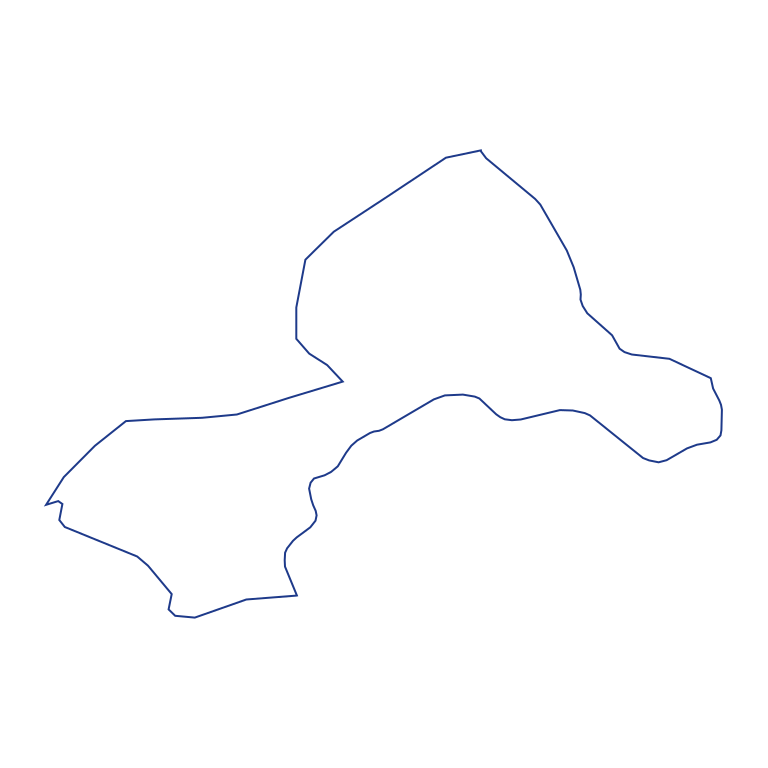 Wrexham, Robinson projection
{"feature_id": "GBR-2127", "entity_name": "Wrexham", "entity_type": "Unitary Authority (wales)", "adm_level": 1, "iso_a3": "GBR", "parent_name": "United Kingdom", "parent_adm1": "", "projection": "robinson", "projection_center": [-3.021, 52.962], "detail": "fine", "context": "isolated", "style": "outline", "palette": "blue", "viewbox_px": 768, "rotation_deg": 0, "n_neighbors": 0, "source": "natural_earth", "source_scale": "10m", "svg_char_len": 1380}
<svg xmlns="http://www.w3.org/2000/svg" viewBox="0 0 768 768"><path d="M480.9,150.4L481.0,151.4L486.2,158.3L535.1,198.9L540.3,204.6L566.8,250.5L573.7,267.3L580.3,289.8L580.8,294.5L580.5,299.6L582.7,306.0L587.3,313.3L612.1,335.3L619.6,348.7L624.5,352.1L631.8,354.5L669.4,358.8L710.4,378.0L710.8,378.2L713.1,388.5L719.3,400.5L721.0,404.8L721.9,409.7L721.4,430.3L720.5,435.4L716.7,439.8L710.4,442.4L697.0,444.7L687.0,448.4L666.6,460.2L658.6,462.3L649.1,460.4L643.0,458.0L590.0,415.4L584.8,413.1L572.8,410.5L559.9,410.1L520.7,419.5L511.9,420.2L504.8,419.3L500.3,417.2L496.2,414.3L479.4,398.5L474.8,396.6L462.9,394.6L444.9,395.4L433.8,399.4L382.9,429.3L379.0,430.8L374.0,431.5L370.0,433.0L357.2,440.5L351.3,445.7L346.1,452.7L337.8,466.3L331.1,471.9L324.6,475.3L314.0,478.5L310.6,482.7L309.1,488.6L311.2,499.2L313.2,505.3L315.7,510.9L316.6,515.4L315.5,520.7L310.3,527.3L296.7,537.4L293.0,540.8L287.1,548.3L285.1,552.7L284.7,560.3L285.0,566.6L296.9,595.5L296.4,595.6L246.3,599.5L194.8,617.6L175.2,615.8L168.6,609.4L171.7,594.1L148.0,565.7L137.2,556.5L64.8,527.0L59.3,520.0L62.4,504.0L58.2,501.1L46.1,504.8L63.8,477.1L94.9,445.8L125.9,421.1L154.3,419.4L202.0,417.8L236.9,414.5L288.5,398.0L342.7,381.6L327.2,365.1L309.2,353.6L296.3,338.8L296.3,307.5L305.4,259.7L314.8,250.4L333.8,231.7L384.0,198.8L445.9,157.7L480.3,150.5L480.9,150.4Z" fill="none" stroke="#1e3a8a" stroke-width="2"/></svg>